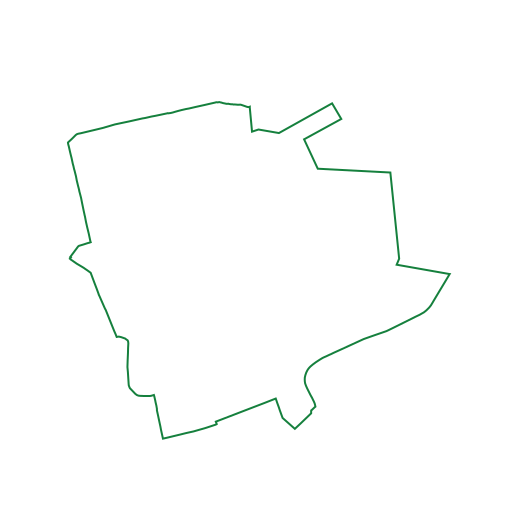 outline of Fantanele, Constanta, Romania, rotated 340°
{"feature_id": "2599482B37422610029163", "entity_name": "Fantanele", "entity_type": "district", "adm_level": 2, "iso_a3": "ROU", "parent_name": "Romania", "parent_adm1": "Constanta", "projection": "natural_earth1", "projection_center": [28.558, 44.619], "detail": "fine", "context": "isolated", "style": "outline", "palette": "green", "viewbox_px": 512, "rotation_deg": 340, "n_neighbors": 0, "source": "geoboundaries", "source_scale": "gbopen_adm2", "svg_char_len": 3793}
<svg xmlns="http://www.w3.org/2000/svg" viewBox="0 0 512 512"><g transform="rotate(340 256 256)"><path d="M271.1,97.9L270.6,97.9L258.6,96.4L257.1,96.2L250.3,95.3L246.1,94.8L244.5,94.6L243.0,94.4L240.8,94.0L236.0,93.4L233.9,93.2L232.9,93.1L229.1,92.8L226.9,92.7L224.5,92.4L222.3,91.9L221.9,91.6L221.6,91.6L215.9,90.8L210.3,90.0L208.4,89.7L205.5,89.2L202.2,88.8L199.0,88.4L196.4,87.9L182.5,86.1L175.5,85.1L168.4,84.1L165.5,83.9L162.1,83.7L157.7,83.4L157.1,83.4L156.4,83.3L156.1,83.3L155.8,83.3L155.1,83.2L148.0,82.4L133.2,80.7L130.8,80.3L129.2,80.3L127.9,80.7L123.2,82.9L121.6,83.6L118.4,84.9L118.1,85.1L117.9,85.9L117.7,87.3L117.6,88.8L116.9,94.3L116.5,97.8L116.2,100.8L115.8,103.7L115.4,106.5L115.2,108.8L115.2,109.0L114.8,111.9L114.7,113.7L114.5,115.5L114.3,117.5L114.1,119.5L113.7,121.9L113.4,123.7L113.1,126.4L112.8,129.0L112.6,131.2L112.3,134.0L112.2,134.1L112.1,135.0L111.8,138.3L111.5,141.5L110.7,146.6L110.1,150.7L109.5,154.8L109.1,157.8L108.9,159.1L108.8,160.3L107.9,165.8L107.2,171.3L106.5,177.7L105.6,184.1L105.5,184.9L105.4,185.7L105.4,186.5L103.8,186.5L103.2,186.4L101.5,186.3L98.2,186.2L93.1,185.9L92.1,186.2L88.6,188.5L81.1,193.4L81.6,194.0L80.2,194.9L80.4,195.2L80.7,195.9L85.0,202.0L89.1,207.0L90.2,208.4L91.0,209.6L92.6,211.8L94.9,215.2L95.0,226.8L95.1,232.6L95.1,238.3L95.0,238.5L95.2,240.2L95.9,251.1L96.1,254.1L96.2,254.4L96.3,254.8L96.4,257.1L96.9,272.4L97.1,278.2L97.3,281.2L97.4,284.4L99.5,284.8L101.5,286.1L104.8,288.8L105.6,290.1L106.5,291.3L106.6,292.5L106.2,294.3L104.3,298.8L102.5,303.4L99.8,309.9L97.2,316.4L95.9,321.3L94.2,327.1L92.5,332.9L92.2,334.1L92.2,336.0L92.3,337.1L93.4,339.6L95.4,344.2L96.5,345.9L97.2,346.5L97.5,346.8L97.9,347.1L98.3,347.3L99.1,347.7L102.0,348.9L105.2,350.1L107.1,350.8L108.6,351.3L109.5,351.5L112.4,351.7L112.5,351.7L112.4,353.3L112.1,355.6L111.8,358.0L111.7,358.4L111.5,359.9L111.2,362.5L111.0,363.6L110.8,364.7L110.6,365.9L110.5,366.1L110.2,366.8L110.1,367.2L109.4,372.4L108.7,377.3L107.8,383.8L107.3,386.7L106.1,395.8L110.0,396.3L122.4,397.7L124.1,397.9L126.1,398.1L129.8,398.5L132.9,398.9L135.9,399.3L136.1,399.3L136.5,399.4L137.5,399.5L141.9,399.8L148.7,400.3L150.9,400.4L160.6,400.7L161.6,400.5L161.6,399.2L161.6,397.9L161.8,397.9L162.9,397.9L201.6,397.2L213.7,397.0L225.8,396.7L225.8,396.8L225.7,401.5L225.7,406.2L225.6,409.1L225.6,417.3L226.8,419.5L233.4,431.7L240.7,428.6L254.0,422.7L254.9,420.3L255.1,420.0L255.3,420.0L259.4,418.2L260.3,417.9L260.6,415.8L260.7,414.6L260.6,412.5L260.4,410.8L260.1,407.8L260.0,407.6L259.7,405.6L259.6,404.9L258.8,398.0L258.7,396.6L258.6,395.2L258.6,392.5L259.0,390.5L259.6,388.6L259.9,387.9L260.2,387.1L261.6,384.9L263.2,382.9L264.4,381.7L265.1,381.1L265.9,380.4L267.8,379.2L269.5,378.4L272.2,377.4L275.9,376.3L280.6,375.2L283.6,374.6L285.5,374.4L287.4,374.3L289.6,374.1L291.7,373.9L292.5,373.9L295.2,373.6L296.3,373.5L300.3,373.2L304.2,372.9L316.4,371.9L328.7,370.9L330.8,370.9L340.3,371.0L352.0,371.2L353.0,371.2L355.1,371.0L359.9,370.5L372.4,369.1L385.4,367.6L385.5,367.6L389.7,367.2L392.5,366.7L394.4,366.4L397.1,365.5L398.5,364.9L399.1,364.6L399.8,364.3L401.4,363.5L403.5,362.2L406.1,360.1L407.9,358.6L415.3,352.6L425.8,344.1L431.8,339.2L431.6,339.1L385.2,312.3L389.6,307.5L410.8,223.5L343.9,195.1L341.1,162.8L383.0,156.4L379.7,138.6L319.6,148.3L301.6,138.0L294.8,137.8L299.9,118.3L301.0,114.1L301.2,113.6L300.5,113.6L300.3,113.6L299.6,113.4L298.9,113.0L298.8,112.9L298.2,112.5L297.4,111.8L294.3,109.3L293.4,108.6L293.0,108.4L292.0,108.1L290.9,107.7L290.3,107.5L288.7,106.7L287.7,106.3L286.8,106.0L285.8,105.4L285.1,105.1L284.5,104.9L283.9,104.6L282.5,103.8L282.0,103.4L281.5,103.3L280.8,103.1L280.3,102.9L278.9,102.0L277.4,101.1L275.7,99.8L275.1,99.5L274.6,99.1L274.1,98.8L273.4,98.7L272.9,98.6L272.4,98.5L272.1,98.3L271.1,97.9Z" fill="none" stroke="#15803d" stroke-width="2"/></g></svg>